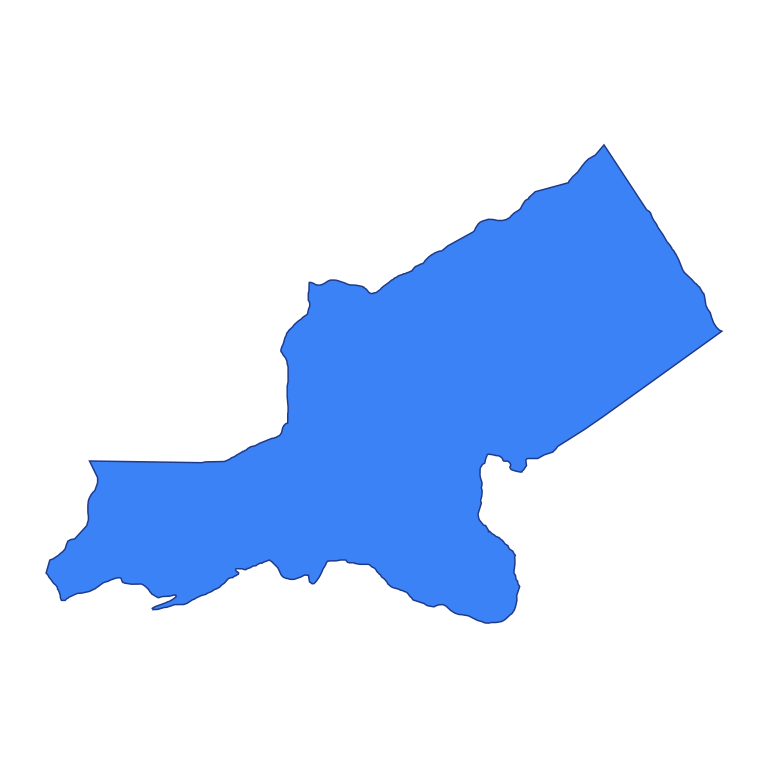 Jimenez, Cartago, Costa Rica, rotated 270°
{"feature_id": "36466004B31180817365439", "entity_name": "Jimenez", "entity_type": "district", "adm_level": 2, "iso_a3": "CRI", "parent_name": "Costa Rica", "parent_adm1": "Cartago", "projection": "mercator", "projection_center": [-83.723, 9.819], "detail": "fine", "context": "isolated", "style": "filled", "palette": "blue", "viewbox_px": 768, "rotation_deg": 270, "n_neighbors": 0, "source": "geoboundaries", "source_scale": "gbopen_adm2", "svg_char_len": 6110}
<svg xmlns="http://www.w3.org/2000/svg" viewBox="0 0 768 768"><g transform="rotate(270 384 384)"><path d="M207.9,49.8L194.9,46.1L193.3,47.7L190.8,49.0L187.3,51.8L185.4,53.0L182.0,56.6L180.0,57.5L178.9,57.5L177.9,58.4L175.0,59.5L172.4,60.3L170.6,60.3L167.6,61.4L167.6,65.2L169.2,66.6L170.1,68.4L170.9,69.1L174.6,77.3L174.9,81.6L176.6,89.5L179.5,95.5L181.2,97.6L181.6,98.6L182.0,98.8L184.9,102.8L185.7,104.4L186.9,108.6L187.8,110.0L190.0,116.3L190.3,120.1L189.9,120.9L186.0,122.4L185.5,123.0L185.5,123.6L184.9,124.5L183.8,131.6L184.0,141.2L183.3,143.0L180.9,146.2L178.3,148.7L176.1,150.0L175.8,150.5L174.1,151.6L170.4,157.9L170.4,159.1L171.2,161.1L171.5,163.3L171.8,169.5L172.9,173.8L172.9,175.6L172.6,176.0L171.1,176.0L168.7,172.9L166.5,169.0L166.3,167.9L165.1,165.5L161.4,155.2L159.8,152.5L159.5,153.2L158.4,152.9L158.6,157.7L160.6,164.5L160.7,166.8L163.4,174.7L163.5,183.8L164.7,187.1L168.4,192.8L168.7,194.2L169.8,195.7L172.3,201.0L173.8,206.2L174.6,207.0L176.5,211.6L178.3,214.2L179.3,216.8L180.8,219.6L183.2,221.9L184.7,224.2L189.2,228.2L190.3,230.5L190.4,232.7L191.9,234.5L192.3,236.1L192.8,236.4L193.7,238.3L195.1,238.7L196.3,237.3L196.3,236.7L197.9,235.6L198.9,235.7L199.3,236.4L199.2,242.5L198.6,243.6L198.3,245.8L199.5,247.5L200.0,249.6L202.0,253.2L202.3,256.0L203.5,257.4L204.8,260.1L204.9,262.3L205.7,263.2L208.0,269.5L205.9,272.2L200.3,277.8L193.1,281.2L191.4,282.6L190.5,284.0L189.5,286.6L189.5,287.7L188.7,289.8L188.6,293.3L188.9,294.9L191.1,301.1L192.9,304.4L192.8,308.4L186.2,309.5L184.3,312.0L184.3,313.8L185.8,315.5L187.6,316.9L190.9,319.2L194.9,321.3L200.0,323.5L200.2,323.9L204.0,326.0L204.6,326.0L206.6,327.4L207.1,329.4L207.2,336.3L208.0,340.7L208.0,345.8L205.7,347.5L205.2,349.6L205.2,354.1L204.6,354.9L203.7,359.8L203.7,367.8L203.4,369.4L201.1,371.9L199.7,374.8L197.5,376.5L197.0,376.5L195.5,377.8L195.0,378.6L194.0,379.1L193.1,380.5L191.3,381.4L188.7,384.7L185.4,387.4L184.3,387.6L181.2,391.2L180.3,393.2L178.9,398.5L177.8,400.5L177.6,402.1L176.4,404.5L176.3,405.5L174.9,407.5L171.2,410.3L170.5,411.4L168.1,413.0L164.3,424.6L163.5,425.3L162.3,427.6L161.2,433.6L161.4,434.6L162.0,435.5L163.2,438.8L163.4,443.1L162.0,445.9L157.4,450.9L154.8,455.1L153.5,459.2L153.3,462.1L152.2,468.4L147.6,477.5L146.6,481.2L145.1,484.9L144.9,488.5L145.5,491.6L145.5,496.0L146.4,501.3L147.7,503.9L149.1,505.8L153.2,510.2L154.4,511.9L157.9,514.3L161.7,515.6L167.6,516.9L172.6,516.7L181.5,519.7L184.1,518.0L187.0,517.5L188.2,516.3L189.3,515.9L192.0,515.6L193.4,515.1L194.0,514.3L194.7,514.0L197.1,514.0L203.7,514.9L208.8,514.9L210.3,514.6L212.8,515.3L214.3,514.0L216.8,512.8L219.1,509.3L222.4,507.8L224.0,505.1L227.4,502.6L229.0,500.4L230.3,499.2L231.6,495.9L233.4,493.8L234.3,492.0L236.7,489.6L236.1,488.6L235.6,488.5L237.5,488.5L242.4,485.6L243.0,483.4L247.9,479.5L249.2,478.9L252.9,478.1L254.3,478.1L264.6,481.3L265.5,481.3L266.4,480.7L268.0,480.7L271.6,481.7L275.7,482.1L278.0,482.0L280.0,481.3L283.4,482.0L285.3,482.0L289.6,480.6L292.8,480.0L299.1,480.1L300.2,480.4L302.9,482.0L303.8,482.8L304.8,484.7L309.1,485.7L313.1,487.2L313.7,487.8L313.7,489.7L313.2,493.1L312.4,496.1L312.2,498.8L310.6,501.5L309.6,502.3L307.7,503.0L306.9,503.9L306.9,506.9L306.6,508.2L305.8,509.2L304.7,510.1L303.0,510.7L302.4,510.7L300.9,509.8L298.9,510.7L298.4,511.3L297.0,515.3L296.2,519.1L295.9,520.4L296.1,522.0L297.3,522.4L298.0,523.5L302.4,526.5L307.9,525.8L309.2,526.9L309.5,527.6L309.5,537.7L313.1,544.2L315.9,552.7L319.2,556.0L321.6,557.7L338.6,584.6L351.6,603.4L436.8,721.9L437.8,719.5L439.2,718.0L440.8,716.4L445.0,713.7L450.8,711.5L455.2,710.3L459.2,707.5L462.7,705.9L470.6,704.7L473.4,704.1L474.8,703.5L474.9,702.9L480.8,699.6L481.8,698.3L484.2,696.2L484.9,694.9L488.2,692.1L496.0,683.8L496.6,683.8L497.4,683.0L508.0,678.8L514.5,675.5L514.7,675.0L516.2,674.4L517.1,673.6L517.6,673.6L518.5,672.4L519.9,671.6L520.5,671.6L521.6,670.5L522.2,670.4L526.7,666.7L533.1,663.1L540.8,657.8L543.4,656.7L547.6,653.8L550.6,652.2L555.3,650.4L555.6,649.9L556.4,649.5L558.1,646.7L623.1,604.0L613.0,595.4L609.1,588.6L606.4,585.7L602.0,582.1L595.9,577.7L591.5,572.9L587.0,569.1L585.3,568.4L576.3,535.3L570.5,528.9L569.4,528.8L568.3,526.6L567.0,524.9L562.9,522.3L559.3,520.5L557.5,518.3L555.0,514.2L551.8,510.8L550.7,510.1L548.4,506.2L547.5,502.4L547.5,497.7L548.5,493.0L548.7,488.4L546.9,482.4L545.7,480.0L544.1,478.3L540.4,475.8L537.4,474.5L536.1,473.2L522.2,447.9L517.1,441.8L516.8,439.1L515.1,434.9L513.4,432.2L513.3,431.7L511.0,428.7L507.4,425.1L506.4,424.6L504.5,422.9L503.9,420.7L501.9,416.8L501.9,416.2L500.8,414.7L498.2,412.5L497.7,412.5L496.8,411.4L496.7,410.3L496.0,409.4L495.1,406.5L494.5,405.7L494.2,403.6L493.4,402.1L492.2,398.5L490.9,396.7L489.7,394.2L488.5,393.1L487.9,391.6L485.7,389.1L481.4,383.1L479.6,381.1L478.6,380.5L475.4,376.1L475.1,374.0L474.6,373.1L474.5,370.9L474.9,369.9L475.9,368.6L478.8,366.3L479.8,364.7L480.7,364.0L481.6,362.0L482.8,356.1L483.1,349.9L483.7,347.7L485.1,344.6L487.6,337.0L487.9,334.8L487.9,330.8L487.7,329.7L486.8,327.8L484.1,323.6L482.8,320.0L483.1,316.0L484.3,314.2L485.1,312.3L485.7,310.2L485.5,309.2L476.4,308.9L475.0,308.3L467.6,308.3L466.5,309.2L464.5,309.7L461.6,309.7L459.1,308.6L454.2,307.5L453.4,306.9L450.6,302.7L449.4,301.8L446.5,297.7L443.1,294.0L441.2,292.7L437.5,288.7L437.0,288.6L434.9,286.8L432.3,286.1L430.4,285.0L423.9,283.2L421.1,281.8L418.5,281.0L416.8,280.9L415.9,281.4L415.0,282.1L413.1,283.1L409.7,285.8L408.6,286.1L407.1,286.9L404.3,287.2L401.1,288.1L386.2,288.1L381.8,287.2L370.9,287.2L361.4,288.1L356.2,288.1L354.6,287.8L345.0,287.7L344.3,285.8L342.4,283.8L339.9,282.6L335.5,281.6L332.7,279.8L330.4,275.5L330.4,274.9L329.9,274.3L329.6,271.8L324.9,260.0L322.2,255.0L321.3,250.9L319.6,247.9L317.8,246.1L317.6,245.0L316.5,243.5L316.5,242.4L315.7,241.6L313.2,237.1L311.3,234.3L310.2,231.4L308.7,229.5L306.5,224.4L306.1,205.3L305.3,201.9L307.0,89.5L290.4,97.6L285.3,97.6L277.5,94.9L275.6,92.9L273.3,91.1L269.1,89.0L267.3,88.4L262.7,87.9L255.7,87.9L251.8,88.4L248.1,88.4L242.3,86.7L229.1,74.7L228.4,70.7L226.9,67.9L223.3,66.4L219.2,65.2L216.0,62.5L215.6,61.6L212.6,58.3L211.4,56.5L209.2,53.2L207.9,49.8Z" fill="#3b82f6" stroke="#1e3a8a" stroke-width="1.5"/></g></svg>